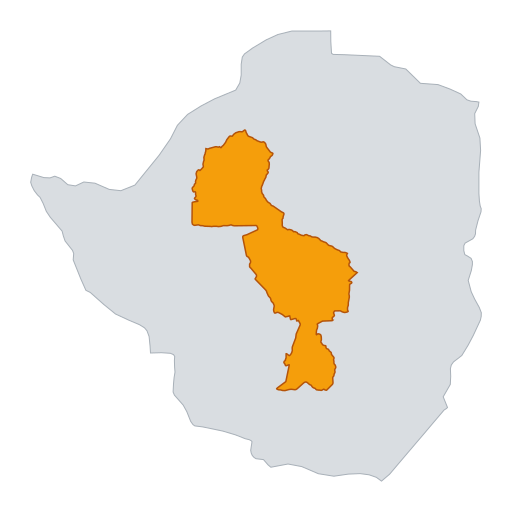 Zimbabwe, with Midlands highlighted
{"feature_id": "ZWE-527", "entity_name": "Midlands", "entity_type": "Province", "adm_level": 1, "iso_a3": "ZWE", "parent_name": "Zimbabwe", "parent_adm1": "", "projection": "robinson", "projection_center": [29.518, -19.087], "detail": "fine", "context": "in_parent", "style": "filled", "palette": "amber", "viewbox_px": 512, "rotation_deg": 0, "n_neighbors": 0, "source": "natural_earth", "source_scale": "10m", "svg_char_len": 8142}
<svg xmlns="http://www.w3.org/2000/svg" viewBox="0 0 512 512"><path d="M381.5,481.1L376.3,477.3L369.1,474.8L360.1,473.6L348.3,474.1L333.9,476.2L318.3,473.7L301.8,466.6L288.0,464.0L271.6,467.1L270.8,467.2L268.0,464.8L263.5,459.6L256.0,458.7L254.0,457.4L252.3,455.5L251.2,453.0L250.7,450.3L252.0,441.7L251.3,440.8L249.3,439.7L245.2,438.7L235.3,434.8L222.9,431.1L202.7,426.9L194.8,425.9L193.0,424.6L190.7,421.4L186.8,411.6L183.2,405.1L174.4,395.1L173.1,392.0L173.5,384.0L174.1,377.6L175.0,372.1L174.6,367.0L174.4,360.7L174.7,356.4L173.5,354.6L170.4,353.3L161.4,352.7L150.5,353.0L150.1,346.5L149.1,336.5L147.0,330.8L144.5,327.8L139.5,324.7L129.3,320.4L115.5,314.0L103.7,304.4L90.2,292.4L85.9,290.3L80.9,279.1L73.2,259.9L73.7,253.5L72.5,250.4L65.1,241.0L63.4,236.1L62.1,231.1L50.3,217.3L46.3,211.3L43.2,203.5L40.1,197.4L37.5,194.9L34.2,190.6L31.8,185.8L30.7,182.3L31.6,177.4L32.7,174.2L43.9,177.6L50.0,177.9L54.8,176.2L60.7,178.5L67.8,184.7L75.5,185.9L83.8,182.0L95.0,183.2L109.2,189.4L120.9,190.7L134.9,185.1L147.3,169.8L159.0,155.4L170.5,138.8L177.4,125.3L187.6,114.4L201.0,106.0L214.7,98.8L235.7,90.1L239.8,83.0L241.2,75.1L241.2,64.2L242.3,57.1L244.5,53.9L248.0,51.4L252.5,48.1L266.3,39.8L277.9,34.5L292.0,31.0L307.4,31.0L322.3,31.0L330.7,30.9L330.8,41.4L331.5,53.3L333.1,54.4L344.3,54.7L362.3,55.5L379.6,56.3L390.6,64.9L394.3,66.7L405.8,69.0L420.4,83.3L438.0,84.6L450.1,89.1L460.8,94.0L466.9,99.8L470.9,101.2L476.3,101.6L478.9,102.1L478.3,106.4L474.7,113.6L475.1,123.8L479.9,138.1L480.6,150.4L478.9,172.3L478.9,193.4L479.4,201.0L480.2,206.0L481.2,208.7L481.0,211.8L478.0,220.7L475.6,230.1L475.5,233.8L474.6,236.4L472.8,238.8L465.1,243.1L463.8,245.7L463.8,250.6L464.8,254.6L467.6,256.1L471.1,258.4L472.4,261.5L472.4,264.6L471.3,270.6L468.2,280.4L471.2,291.7L474.6,299.0L479.3,307.5L481.3,312.7L481.2,316.4L480.4,320.1L473.2,335.6L468.1,345.2L461.8,355.5L453.5,361.9L451.3,365.0L450.4,368.6L450.7,376.3L450.3,384.4L443.2,396.8L447.5,407.5L446.5,408.5L444.1,410.0L433.9,422.0L423.6,434.2L416.0,443.1L407.4,453.2L397.8,464.5L389.6,474.2L381.5,481.1Z" fill="#d9dde1" stroke="#a8b0b8" stroke-width="1"/><path d="M328.6,245.3L331.7,246.1L332.7,246.6L333.6,247.6L335.0,248.7L337.5,249.9L339.5,250.6L340.7,251.9L341.1,252.0L343.0,252.4L344.5,252.4L345.7,252.6L347.4,253.4L346.7,254.8L346.7,255.5L346.8,256.1L348.0,258.4L349.4,260.4L350.0,262.0L350.0,262.6L349.3,263.0L349.0,263.9L348.9,264.4L349.1,265.1L349.0,265.6L349.1,265.9L350.5,267.2L354.1,271.3L355.8,271.7L357.2,272.6L349.2,279.9L348.6,280.7L349.2,281.1L351.0,281.5L351.4,281.8L351.7,282.2L351.8,282.7L351.5,283.2L349.7,284.3L349.6,284.9L349.5,290.3L348.9,293.9L349.3,295.9L349.3,297.3L348.3,302.6L348.3,305.2L347.6,307.3L347.5,308.5L347.6,310.4L348.1,311.0L348.1,311.5L347.2,312.0L345.5,312.4L344.8,312.5L344.0,312.4L342.3,311.9L340.3,310.8L334.8,310.9L334.3,311.3L333.6,312.6L333.6,312.9L333.8,313.6L334.0,314.0L334.1,314.5L334.4,315.2L334.3,315.5L333.9,316.3L332.5,317.4L332.3,317.7L332.2,318.6L332.4,319.1L332.2,320.1L332.8,320.2L332.5,320.5L331.8,320.7L322.5,321.1L317.8,323.6L317.4,323.9L317.2,324.2L317.5,324.7L317.7,326.1L317.3,328.5L316.6,329.9L316.3,332.6L316.3,334.5L316.5,334.7L316.9,334.5L317.9,333.8L318.8,333.9L319.8,334.2L320.5,334.7L320.9,335.2L321.3,337.1L321.4,339.8L320.9,341.4L320.9,342.1L321.0,342.5L321.5,342.9L322.3,344.3L323.0,345.0L324.2,345.5L325.3,345.6L325.8,345.9L325.9,346.1L325.9,347.2L326.1,347.9L326.5,348.4L327.0,348.8L328.0,349.1L328.5,349.4L329.3,350.9L331.0,352.3L331.3,352.9L331.5,354.4L333.9,357.4L334.0,358.2L333.6,359.5L333.6,360.0L333.9,361.1L333.9,363.1L334.3,364.1L335.3,365.2L335.8,367.0L335.7,367.8L334.9,369.2L334.7,370.0L335.0,371.8L334.9,372.6L334.2,373.9L333.8,375.9L332.9,377.1L332.7,377.8L333.0,382.7L332.8,383.7L332.4,384.4L326.6,390.2L326.1,390.2L324.9,389.9L323.9,389.2L323.4,389.3L321.9,390.2L321.2,390.4L319.6,390.1L318.6,390.1L316.5,389.8L316.0,389.4L315.1,388.4L313.4,387.8L312.7,387.3L312.2,386.8L311.1,385.2L309.5,384.5L307.2,382.5L306.4,382.1L305.7,382.0L305.1,382.1L303.8,382.8L297.0,388.9L295.8,389.6L294.7,389.7L291.8,389.3L290.8,389.3L289.1,389.5L285.0,390.6L282.7,390.5L280.5,389.9L278.7,389.8L277.5,389.4L276.9,389.1L276.7,388.6L277.5,387.8L285.7,381.7L285.9,381.3L289.2,365.3L289.1,364.8L288.8,364.8L286.3,365.7L285.8,365.7L285.5,365.5L285.0,364.2L284.0,362.8L283.9,362.4L284.0,361.9L284.3,361.2L285.0,360.7L285.4,360.3L285.4,359.5L286.0,358.1L286.1,357.3L286.1,353.8L286.5,353.7L286.9,353.9L288.8,355.4L289.4,355.6L290.3,354.9L291.2,353.6L291.7,352.6L292.3,350.7L292.2,348.0L292.3,347.0L295.7,338.0L296.2,334.0L300.1,325.1L300.2,324.5L300.2,323.8L298.4,320.5L298.0,320.5L297.1,321.0L296.7,320.9L296.3,319.3L295.9,318.6L295.1,318.5L291.1,319.6L290.6,319.5L289.7,315.9L289.1,315.9L288.2,316.3L285.3,316.9L282.3,314.5L278.5,312.5L277.1,312.3L276.1,312.8L275.1,313.1L274.5,312.9L273.9,311.6L273.6,310.2L273.6,309.4L274.2,306.2L274.2,305.6L273.2,303.1L271.6,301.5L271.1,300.6L270.6,298.6L270.1,297.7L268.8,296.4L268.3,295.7L267.0,292.8L266.4,291.0L265.6,289.9L255.4,279.4L255.1,278.9L256.4,276.6L256.5,276.2L256.5,275.4L256.4,274.9L256.0,274.3L250.8,268.1L250.1,267.5L249.6,266.7L249.6,264.1L250.5,262.6L250.6,261.1L250.4,260.5L248.7,257.5L248.3,257.1L247.2,256.5L246.7,256.0L246.4,255.3L242.8,237.7L242.8,236.5L243.2,235.9L243.8,235.6L246.9,234.7L257.1,230.0L257.6,229.6L257.9,228.9L257.8,228.3L257.6,227.5L256.8,225.9L256.4,225.6L255.9,225.5L234.2,225.8L232.3,225.4L231.4,224.9L230.7,224.9L229.1,225.4L227.1,225.7L223.5,225.6L220.8,226.4L218.4,226.6L216.5,226.3L213.5,226.3L211.5,226.6L210.4,226.4L204.6,226.2L202.8,225.7L200.4,225.6L198.4,224.8L195.0,225.3L194.3,225.3L193.5,225.0L192.4,224.1L192.0,222.2L192.2,202.7L192.5,202.3L192.8,202.2L194.4,201.8L197.5,201.4L197.8,201.2L197.7,200.5L197.5,200.3L195.5,199.6L194.9,199.1L194.6,198.7L194.5,198.3L194.7,198.0L195.7,196.9L196.0,196.3L196.0,195.6L195.6,194.6L195.6,192.5L195.4,192.0L195.2,191.8L194.9,191.7L194.0,191.9L193.6,191.9L193.1,191.5L192.7,190.7L192.2,188.8L192.2,188.1L192.6,187.4L193.9,186.1L194.2,185.5L194.4,184.3L194.8,183.9L195.3,183.6L195.5,183.3L195.6,182.9L195.5,181.4L195.9,180.0L196.7,178.4L196.7,178.0L196.8,177.4L196.1,173.8L196.7,171.6L198.2,170.0L198.7,169.8L199.2,169.9L199.7,170.4L199.9,170.5L200.2,170.3L201.7,168.8L203.3,166.9L203.3,166.0L203.0,164.5L203.0,164.0L203.6,161.3L204.1,160.2L203.9,157.3L204.7,154.6L205.2,153.8L205.2,153.0L205.8,151.0L205.9,148.6L207.8,149.0L208.6,148.8L209.3,148.4L215.2,146.8L216.1,146.7L218.3,147.1L218.7,147.1L219.3,146.7L219.6,146.7L220.7,147.6L221.0,147.6L221.3,147.5L222.0,146.4L223.3,145.4L225.6,142.3L226.8,139.7L229.1,136.7L229.6,136.2L230.5,136.0L232.2,136.2L232.7,135.7L233.6,134.4L235.7,132.8L238.9,131.7L240.0,131.6L241.6,131.8L242.4,131.7L244.5,130.1L244.8,130.0L245.0,130.0L245.7,130.8L246.1,132.4L246.9,133.8L247.3,134.7L248.0,135.8L248.4,136.2L252.5,137.7L254.1,139.2L255.7,139.7L257.0,140.7L260.7,142.1L261.7,142.2L263.2,141.8L263.6,141.9L264.4,142.3L265.3,143.3L265.8,144.2L266.2,146.3L266.6,147.2L270.4,152.1L271.4,152.6L272.4,153.0L272.8,153.3L272.9,153.6L272.4,155.0L272.0,155.5L270.5,156.6L269.4,158.7L268.5,159.5L268.1,160.0L268.0,160.4L268.2,161.2L269.1,162.3L269.3,164.2L269.1,165.8L269.0,167.4L268.9,168.2L268.4,169.1L267.2,170.1L267.3,170.9L268.1,171.9L268.2,172.4L267.8,173.3L266.3,175.0L265.8,177.4L264.8,179.1L264.4,180.1L263.7,181.3L262.2,185.5L261.7,186.3L261.5,187.4L261.3,188.0L261.2,188.4L261.6,190.1L261.6,191.6L262.1,193.3L262.6,194.0L263.6,195.3L263.7,196.4L264.0,197.0L265.5,198.6L266.4,200.3L267.9,202.1L270.0,203.4L271.3,205.3L271.7,205.6L273.2,206.1L281.2,211.7L283.4,212.8L283.7,213.1L283.9,213.5L283.9,214.3L283.1,216.8L283.0,218.2L282.4,219.0L282.1,219.6L282.3,223.1L282.2,225.2L282.5,226.2L282.9,227.0L283.3,227.3L285.0,228.0L287.2,229.5L287.8,229.8L289.0,229.4L290.8,229.8L291.7,230.1L292.5,230.6L293.6,231.7L295.0,231.6L296.3,232.2L296.8,232.4L297.3,232.7L297.7,233.6L298.0,233.8L299.2,234.2L301.5,235.3L304.0,235.7L304.9,234.9L306.3,234.6L306.8,234.7L308.7,235.7L310.2,235.9L311.9,236.9L313.4,237.1L315.3,237.1L317.3,237.6L318.8,238.5L320.9,240.7L322.2,241.1L323.5,241.8L324.9,242.2L326.1,242.7L328.6,245.3Z" fill="#f59e0b" stroke="#b45309" stroke-width="1.5"/></svg>